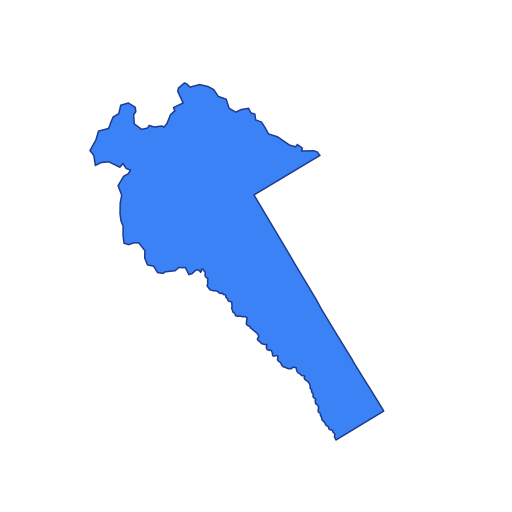 the district of Summit, Utah, United States of America, rotated 59°
{"feature_id": "52423323B4145431150884", "entity_name": "Summit", "entity_type": "district", "adm_level": 2, "iso_a3": "USA", "parent_name": "United States of America", "parent_adm1": "Utah", "projection": "natural_earth1", "projection_center": [-110.71, 40.9], "detail": "fine", "context": "isolated", "style": "filled", "palette": "blue", "viewbox_px": 512, "rotation_deg": 59, "n_neighbors": 0, "source": "geoboundaries", "source_scale": "gbopen_adm2", "svg_char_len": 4127}
<svg xmlns="http://www.w3.org/2000/svg" viewBox="0 0 512 512"><g transform="rotate(59 256 256)"><path d="M202.7,149.5L198.5,149.9L195.7,152.1L189.5,162.8L187.4,160.7L181.8,163.1L182.7,165.9L178.1,170.2L165.0,176.1L157.8,182.4L150.1,182.1L144.1,182.3L139.2,186.2L133.8,183.9L130.6,186.7L125.6,186.3L122.9,193.1L122.2,199.3L115.5,203.0L106.3,200.8L99.7,206.2L91.6,206.5L86.2,209.7L80.0,216.0L77.3,225.5L72.7,226.8L70.8,228.2L72.1,236.0L74.6,238.3L87.3,239.7L86.3,250.2L89.7,250.8L90.9,256.6L96.6,264.1L98.1,268.5L96.0,269.8L93.2,276.5L89.1,280.4L90.5,283.1L88.5,288.8L80.0,292.3L71.9,288.1L70.4,284.7L66.4,282.9L59.1,286.6L57.1,294.3L63.3,300.3L63.3,306.9L67.4,312.6L68.8,314.0L70.7,316.8L67.8,326.7L69.7,328.7L74.1,333.5L80.1,344.0L86.2,343.2L95.6,347.0L96.2,340.5L99.5,333.6L109.8,327.0L108.3,322.4L114.2,322.2L117.8,319.3L119.7,323.2L119.5,328.4L124.7,338.0L134.7,339.8L140.5,345.0L149.6,350.7L156.2,353.6L161.9,354.5L169.9,359.4L177.1,362.5L180.6,359.4L182.0,353.4L184.5,349.7L194.3,348.5L200.3,352.4L207.7,353.6L212.0,349.0L219.5,348.9L223.1,344.5L222.7,342.2L227.0,332.8L226.1,328.2L229.7,322.5L237.4,323.1L238.2,319.9L237.1,314.4L238.6,312.4L240.1,312.0L241.3,311.9L241.2,311.2L240.8,310.4L239.9,310.3L239.5,309.8L239.5,308.8L240.1,308.3L242.1,308.2L243.9,307.9L244.7,308.5L245.6,309.1L246.5,309.8L247.8,309.9L249.2,309.6L249.9,309.2L250.8,309.0L251.3,309.4L252.2,310.0L253.0,310.8L254.1,311.0L255.2,312.0L256.1,313.1L257.3,313.3L258.5,313.1L259.6,313.0L260.7,312.9L261.7,312.5L262.4,311.7L263.6,310.7L264.4,309.5L265.2,308.4L266.0,307.5L266.6,307.1L267.8,307.0L268.8,306.5L269.7,305.8L270.1,305.5L270.4,304.7L270.2,304.4L270.5,303.9L271.0,303.8L272.3,303.7L273.0,302.8L273.7,302.3L274.5,302.4L275.4,302.9L276.5,302.9L277.5,302.6L278.2,302.5L279.2,302.8L280.3,302.8L280.8,302.5L281.5,301.8L282.1,301.4L282.7,300.9L283.4,300.6L284.2,301.2L285.2,301.7L286.2,302.2L287.1,302.6L287.7,303.3L288.4,303.9L289.3,304.0L290.4,304.1L291.3,304.5L292.0,304.7L292.9,304.3L293.9,303.9L294.9,303.9L295.7,304.1L296.2,304.2L296.9,304.1L297.1,303.8L297.8,303.2L298.4,302.5L298.9,301.7L298.9,300.8L299.7,300.2L300.7,299.3L301.5,298.2L302.1,297.0L302.7,296.3L303.7,295.8L304.3,295.5L305.0,295.7L305.4,296.2L305.9,296.9L306.8,297.5L307.6,298.1L308.4,298.6L308.9,299.2L309.8,299.2L310.9,299.2L312.0,298.5L312.9,297.9L313.7,297.6L314.5,297.8L322.5,295.0L324.2,294.7L325.5,294.8L326.3,295.0L326.8,296.0L327.6,297.2L328.6,297.9L330.8,297.1L331.9,296.8L332.8,296.6L333.7,296.3L334.6,295.9L335.5,294.9L336.5,294.0L336.9,293.2L337.4,292.4L338.0,292.6L339.1,293.9L340.7,294.6L342.2,294.5L343.7,293.3L343.8,292.4L344.3,291.8L345.0,291.5L345.4,291.8L346.5,291.8L347.6,291.9L348.7,292.5L349.6,292.9L350.8,292.7L351.4,291.2L351.8,289.9L352.2,289.3L353.0,288.9L353.7,289.3L354.9,290.1L355.5,290.8L356.3,291.0L357.4,291.0L358.6,290.5L359.3,290.1L360.0,289.9L360.7,290.0L361.6,290.0L362.8,290.2L363.7,290.0L364.4,289.7L365.0,289.7L365.7,289.0L366.8,287.9L368.0,287.4L369.0,286.5L369.7,285.7L370.2,284.6L370.9,283.5L370.4,282.6L370.6,281.2L371.9,279.7L372.5,279.1L373.4,279.5L374.3,279.9L376.0,280.3L378.0,279.9L379.1,279.3L380.6,278.8L382.2,278.3L383.3,276.6L384.1,276.2L384.7,276.6L384.9,277.2L385.6,277.6L387.0,277.7L388.2,277.1L390.4,276.2L392.6,276.0L394.9,276.3L395.9,276.9L397.1,277.6L398.6,277.5L399.2,277.1L400.1,277.6L400.4,278.1L402.1,278.4L403.2,277.9L404.3,278.4L405.1,279.2L406.3,279.6L407.8,279.3L408.8,278.9L409.3,278.5L409.6,278.6L410.2,279.3L410.8,280.0L411.7,280.2L413.2,281.0L414.3,280.5L415.5,280.1L417.0,280.0L418.6,280.7L419.5,281.6L420.0,282.1L421.9,282.9L423.8,282.1L424.8,282.2L425.6,282.8L426.9,282.9L428.6,283.0L429.7,283.7L430.8,283.8L432.0,283.5L433.1,283.0L434.4,282.9L435.8,283.1L437.0,283.2L438.2,282.6L439.4,281.9L440.8,282.3L442.3,282.5L443.5,281.6L444.0,280.9L444.9,280.2L445.5,280.5L446.9,280.7L448.3,280.2L449.4,280.2L450.2,280.8L450.8,281.5L451.7,282.0L452.8,282.0L454.3,282.2L454.9,282.1L454.7,226.5L453.3,226.3L443.2,226.4L425.6,226.6L424.6,226.7L397.6,227.1L394.5,226.9L364.3,227.2L334.2,227.3L324.8,226.8L282.5,226.8L273.9,226.6L202.6,226.3L202.7,149.5Z" fill="#3b82f6" stroke="#1e3a8a" stroke-width="1.5"/></g></svg>